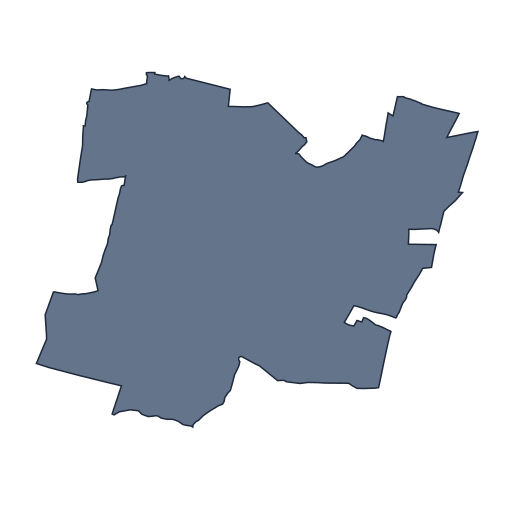 the district of Plesoi, Dolj, Romania, rotated 8°
{"feature_id": "2599482B69646126792007", "entity_name": "Plesoi", "entity_type": "district", "adm_level": 2, "iso_a3": "ROU", "parent_name": "Romania", "parent_adm1": "Dolj", "projection": "orthographic", "projection_center": [23.536, 44.344], "detail": "fine", "context": "isolated", "style": "filled", "palette": "slate", "viewbox_px": 512, "rotation_deg": 8, "n_neighbors": 0, "source": "geoboundaries", "source_scale": "gbopen_adm2", "svg_char_len": 5974}
<svg xmlns="http://www.w3.org/2000/svg" viewBox="0 0 512 512"><g transform="rotate(8 256 256)"><path d="M395.7,369.3L396.2,362.1L396.7,354.8L397.3,344.9L398.9,323.1L399.6,315.4L400.2,312.1L399.2,311.5L397.7,311.2L395.1,310.3L392.2,309.3L390.9,308.9L388.8,308.4L387.0,307.9L386.2,307.8L385.1,307.8L384.6,307.7L383.7,307.4L380.9,305.7L379.6,305.0L377.8,304.0L376.1,303.2L375.0,302.7L373.9,302.4L372.7,302.2L371.1,302.1L370.0,306.6L367.1,306.1L365.2,305.8L364.9,305.8L364.3,307.7L363.5,309.5L362.7,311.7L358.8,311.5L356.3,311.0L354.1,310.1L352.7,309.5L357.0,298.9L359.8,291.7L361.6,291.6L363.9,292.0L368.1,292.6L375.5,294.2L378.1,294.6L380.5,295.0L383.6,295.3L385.4,295.4L387.8,295.5L390.3,295.6L394.4,296.0L398.8,296.9L403.1,297.9L403.4,297.5L403.8,296.6L404.3,294.5L404.7,293.5L405.3,292.5L405.5,292.1L405.8,290.9L406.5,288.0L407.2,284.9L407.7,283.0L408.1,281.8L408.6,280.9L409.4,279.6L409.9,278.6L410.4,277.4L410.8,276.3L410.8,275.2L410.6,274.1L411.4,272.0L414.6,264.8L416.2,260.3L420.3,251.5L422.8,245.0L431.4,242.9L431.9,228.9L432.5,222.9L432.8,219.6L431.8,219.8L428.8,220.1L422.8,220.9L415.7,221.8L407.1,222.9L405.3,223.1L405.2,222.6L405.0,220.4L404.6,216.0L404.1,211.8L403.7,208.9L403.6,208.3L408.5,207.7L410.0,207.5L413.4,206.8L424.5,204.7L425.8,204.4L428.1,204.4L429.7,204.7L431.0,205.2L432.9,206.4L433.6,207.2L434.2,200.9L434.4,200.3L434.7,197.6L435.1,192.8L435.8,185.7L440.5,179.5L445.5,173.7L449.3,168.0L451.7,164.4L447.5,164.6L448.6,158.7L450.3,147.0L452.6,135.9L453.6,129.8L454.8,123.7L455.9,118.1L456.7,112.7L457.4,109.2L457.9,105.2L458.5,101.8L451.9,103.9L428.5,112.1L431.2,104.0L435.1,93.5L437.4,86.6L437.1,86.5L414.8,84.6L410.3,84.1L401.3,82.8L398.7,82.4L398.5,81.9L398.3,81.9L398.0,81.9L397.5,81.9L397.0,81.7L396.5,81.5L393.7,80.7L392.5,80.4L391.9,80.2L390.9,80.0L390.3,79.9L389.9,80.0L389.4,79.9L388.4,79.5L387.2,79.2L385.5,79.0L384.1,78.8L382.4,78.8L381.3,78.3L380.3,77.8L379.1,77.8L378.1,77.9L377.0,78.1L376.5,78.3L375.4,78.3L374.8,78.5L374.5,78.5L373.9,78.5L373.9,78.8L373.7,80.1L373.5,83.2L373.2,86.2L372.7,92.3L372.5,95.3L372.1,98.2L371.7,98.0L370.0,97.3L368.0,96.4L366.9,95.9L366.9,98.0L366.8,101.6L366.7,105.5L366.5,108.2L366.5,112.3L366.4,118.0L366.3,121.9L366.1,124.5L366.0,124.4L363.9,124.3L361.8,124.1L360.2,123.9L358.6,124.1L357.5,124.2L356.3,123.9L355.0,123.7L354.3,123.6L352.7,123.5L351.8,123.2L350.9,122.9L348.9,122.2L348.0,122.0L347.0,121.9L346.1,121.9L345.2,121.7L344.3,121.5L344.2,122.1L343.9,122.9L342.7,126.4L341.6,127.9L339.9,130.1L339.2,131.6L338.0,133.9L336.7,135.5L335.1,137.6L334.1,138.9L332.3,141.3L331.7,141.9L331.3,142.3L330.7,143.2L330.2,144.0L329.3,145.0L328.8,145.5L328.4,145.8L328.1,146.0L327.5,146.5L327.1,146.7L326.6,146.9L326.2,147.0L325.3,147.9L324.4,148.3L322.0,149.9L320.9,150.5L319.5,151.3L317.8,152.2L316.4,152.9L314.6,153.8L313.2,154.6L312.5,155.1L311.7,155.7L310.8,156.5L309.7,157.3L308.8,157.8L307.6,158.4L306.2,158.9L304.9,159.3L304.1,159.6L303.0,159.5L302.2,159.4L301.7,159.2L298.9,158.1L297.4,157.6L296.5,157.4L293.9,156.5L292.1,155.5L289.3,153.3L287.9,152.3L286.4,151.0L285.5,150.1L284.8,149.3L284.4,149.1L283.4,148.8L282.5,148.8L281.6,148.9L281.0,149.0L281.0,148.9L281.2,148.5L281.7,148.1L283.5,145.9L284.7,144.0L286.1,141.8L287.3,140.3L288.2,139.5L288.7,138.9L289.5,137.4L290.0,136.5L290.4,135.8L290.4,135.7L289.0,131.8L287.3,132.3L284.4,129.7L281.2,127.9L246.4,102.7L239.1,105.8L232.3,108.4L228.5,109.2L226.1,109.5L223.9,109.9L215.5,110.8L207.8,111.7L207.2,94.5L162.0,89.6L160.8,88.4L160.4,88.2L160.3,89.3L159.2,90.4L157.9,90.8L156.6,90.6L154.8,88.7L153.8,88.9L152.2,89.8L150.4,90.6L148.2,91.9L147.0,93.0L145.6,94.1L145.6,93.9L144.3,89.8L143.2,90.1L140.4,90.2L136.6,90.3L134.6,90.2L133.6,90.1L132.1,90.1L131.0,90.0L130.3,90.0L130.4,88.4L126.3,88.9L125.6,89.0L122.0,89.7L122.1,91.2L122.4,91.9L122.8,92.0L123.1,92.2L123.3,92.8L123.5,93.9L123.5,96.5L123.5,98.5L123.7,100.5L120.4,102.1L117.6,103.3L114.1,104.4L109.3,106.0L105.5,107.2L102.2,108.3L98.0,109.8L93.9,111.0L90.9,111.7L88.7,112.0L85.3,112.3L82.5,112.5L80.8,112.6L78.6,113.1L76.5,113.5L74.8,113.8L73.5,113.7L71.9,113.5L70.4,113.5L69.9,113.4L69.8,113.8L69.2,126.2L68.4,126.5L67.5,127.1L67.1,127.9L67.1,128.5L67.5,129.1L68.2,129.4L68.5,130.6L68.7,134.6L68.9,140.9L68.4,146.0L68.7,150.9L68.1,151.0L66.9,151.1L67.1,151.8L67.5,158.1L67.8,162.1L68.4,166.8L68.9,170.7L68.7,179.5L68.6,188.0L68.6,204.7L69.2,207.8L73.8,207.1L76.4,206.1L78.7,204.8L82.3,203.6L85.7,203.0L89.6,202.2L92.6,201.5L96.0,200.8L99.0,200.4L100.9,199.9L103.5,199.2L106.0,198.1L108.6,197.3L110.2,196.6L111.4,196.5L114.2,196.0L115.8,195.0L115.6,198.4L115.6,201.8L115.6,204.5L114.5,204.6L113.9,204.8L113.3,205.1L113.0,205.5L112.9,206.0L112.8,206.9L112.8,207.2L112.5,207.8L112.2,212.2L112.1,214.2L111.4,217.3L110.7,225.3L109.8,237.2L109.1,244.8L108.2,245.8L108.2,247.1L107.9,249.6L108.1,253.4L108.0,255.7L107.6,257.7L107.3,258.7L107.2,259.8L107.3,262.9L107.0,265.7L105.7,270.8L104.6,276.6L103.9,284.0L99.8,300.1L104.4,312.3L104.0,312.6L102.0,313.5L99.5,314.6L97.6,315.2L96.8,315.6L92.7,317.0L90.7,317.5L89.4,317.6L89.0,317.7L85.6,318.9L84.4,319.0L83.0,318.8L82.0,318.8L80.1,319.1L77.1,319.5L74.3,319.9L71.2,319.9L68.3,319.9L65.6,319.8L64.2,319.8L62.7,319.6L61.3,319.6L60.4,319.8L55.4,343.6L59.4,362.7L60.2,367.4L53.5,393.0L66.7,395.3L99.0,399.1L126.5,401.9L140.8,403.3L135.5,432.5L137.6,433.1L142.3,429.3L153.0,425.8L161.1,425.6L164.8,428.5L169.0,429.5L171.7,430.0L175.6,429.1L179.0,428.1L181.5,428.2L184.5,429.7L190.5,430.1L196.2,429.3L201.8,430.4L206.9,433.0L210.6,433.4L215.5,433.4L217.2,434.2L217.2,431.9L219.2,428.8L222.2,426.5L225.8,421.6L231.8,415.9L239.5,409.6L243.6,407.3L244.7,404.2L244.8,400.6L247.0,396.0L249.3,392.7L250.2,386.5L251.3,376.6L253.0,371.5L254.3,367.2L254.7,363.1L253.4,361.3L253.1,359.7L253.2,358.7L254.9,357.7L255.7,357.5L270.9,363.2L274.4,364.1L294.7,376.4L300.9,375.2L303.7,376.3L317.4,376.1L324.9,374.0L335.5,372.7L342.2,372.2L365.5,369.1L369.4,371.1L374.6,373.0L381.3,372.2L392.2,370.3L395.7,369.3Z" fill="#64748b" stroke="#1e293b" stroke-width="1.5"/></g></svg>